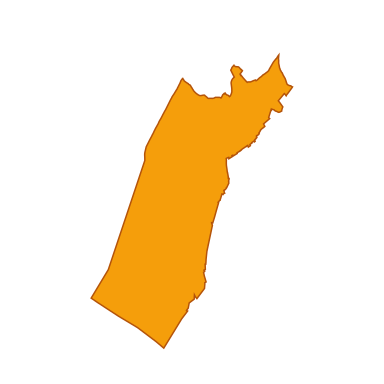 the district of Heemskerk, Noord-Holland, Netherlands, rotated 288°
{"feature_id": "6326949B56112339503679", "entity_name": "Heemskerk", "entity_type": "district", "adm_level": 2, "iso_a3": "NLD", "parent_name": "Netherlands", "parent_adm1": "Noord-Holland", "projection": "equal_earth", "projection_center": [4.68, 52.51], "detail": "fine", "context": "isolated", "style": "filled", "palette": "amber", "viewbox_px": 384, "rotation_deg": 288, "n_neighbors": 0, "source": "geoboundaries", "source_scale": "gbopen_adm2", "svg_char_len": 5671}
<svg xmlns="http://www.w3.org/2000/svg" viewBox="0 0 384 384"><g transform="rotate(288 192 192)"><path d="M323.0,255.1L323.0,254.5L323.4,253.6L323.5,252.9L323.3,251.7L323.4,250.8L323.5,250.4L323.6,249.9L323.9,249.3L324.0,249.0L326.0,247.5L327.6,246.4L328.1,245.9L328.6,245.6L329.6,244.5L330.3,243.7L330.9,243.1L331.3,242.6L331.9,242.1L333.1,241.0L333.3,240.8L333.6,240.2L334.0,239.7L334.7,239.1L335.4,238.2L336.4,237.6L336.6,237.4L337.1,236.9L338.3,236.3L340.8,234.9L341.3,234.6L342.3,234.3L343.9,233.8L345.4,233.1L349.2,232.2L348.4,231.9L346.9,231.5L345.0,231.1L344.8,231.0L344.6,230.7L341.3,229.5L340.4,229.2L332.4,227.5L331.5,227.5L331.1,227.3L330.9,227.3L330.6,227.1L330.0,226.9L329.7,226.6L329.2,226.3L328.9,226.1L328.3,225.6L327.7,225.3L325.8,223.9L325.8,223.7L325.6,223.5L325.2,223.3L324.9,223.1L323.3,222.3L322.5,221.7L321.4,220.9L319.0,219.6L318.3,219.1L317.6,218.5L317.9,218.1L318.0,217.8L318.1,217.7L317.3,216.6L316.8,215.9L315.8,214.9L314.8,213.6L314.6,213.3L314.4,212.4L313.9,211.1L313.6,210.7L313.4,210.6L314.1,209.2L315.1,207.5L316.4,205.3L318.5,202.2L318.1,202.1L319.0,201.2L321.0,201.9L322.9,202.5L323.8,201.0L323.6,200.7L324.9,198.6L325.1,198.2L325.2,197.9L325.3,197.5L325.3,197.2L325.2,196.8L324.8,195.0L324.7,194.6L324.8,194.2L324.9,193.8L325.0,193.4L325.2,193.0L325.5,192.7L323.0,191.6L322.3,191.5L321.5,191.5L320.0,191.2L319.9,191.2L317.0,194.0L314.3,196.7L313.4,196.2L313.0,196.0L312.1,195.6L311.1,195.4L310.7,195.3L310.1,195.3L308.8,195.3L308.2,195.4L307.5,195.6L303.5,197.5L302.1,198.1L300.5,198.6L299.7,198.9L298.5,199.0L297.7,199.0L297.0,199.0L296.2,198.9L294.8,198.6L294.6,198.3L294.3,198.1L294.9,197.1L295.1,196.7L295.1,196.1L295.2,195.6L295.1,195.1L295.2,194.6L295.6,194.0L296.3,193.0L295.5,192.8L295.7,192.5L295.8,192.4L295.8,192.2L295.4,192.0L293.9,191.2L293.6,191.1L292.9,191.1L292.2,191.0L291.6,190.9L291.2,190.8L290.4,190.5L290.5,189.6L290.6,189.3L289.3,185.1L289.2,184.9L288.9,184.7L288.4,184.2L288.1,183.9L287.9,183.6L287.5,182.9L287.3,182.3L286.8,180.6L286.6,180.1L286.3,179.3L286.1,178.8L286.1,178.5L286.1,178.4L286.3,177.6L286.8,176.8L287.4,175.2L287.5,174.8L287.6,174.7L287.9,174.2L288.0,174.0L287.6,172.8L286.5,170.8L286.2,170.0L286.1,169.6L286.1,169.4L286.2,168.7L286.3,167.9L286.6,167.2L286.8,166.3L286.8,166.2L287.7,164.1L288.1,163.5L288.4,162.9L288.8,162.2L289.5,161.5L289.7,161.3L289.9,160.9L290.8,160.0L291.2,159.5L291.5,159.1L291.7,158.9L291.8,158.6L292.6,157.9L293.0,157.4L293.1,157.1L293.2,156.9L293.2,156.4L293.3,156.0L293.5,155.4L293.9,154.9L294.0,154.3L294.3,153.2L294.6,152.1L294.9,151.4L295.0,150.9L295.3,150.2L296.0,149.6L296.1,149.4L296.4,148.9L296.5,148.6L296.8,148.4L297.1,148.3L297.2,148.2L297.1,147.9L296.8,147.9L296.1,147.6L294.6,147.1L291.6,146.9L289.9,146.6L287.7,146.3L286.8,146.1L285.4,146.0L284.1,145.6L283.6,145.5L279.7,144.6L277.3,143.9L276.1,143.6L274.9,143.5L274.2,143.3L272.4,143.0L263.0,141.6L261.7,141.4L260.2,141.0L259.3,140.9L256.1,140.3L255.2,140.2L253.0,139.8L252.7,139.8L250.6,139.3L248.6,138.9L248.1,138.9L247.2,138.8L246.8,138.8L243.3,138.1L240.9,137.6L239.8,137.5L238.2,137.2L237.0,137.1L234.9,136.8L234.4,136.6L233.8,136.6L232.5,136.4L228.1,135.6L226.0,135.3L221.5,134.6L220.8,134.5L218.2,134.7L216.0,134.9L215.5,134.9L213.7,135.2L212.4,135.6L210.6,136.3L207.4,137.4L207.1,137.4L92.3,136.4L59.9,128.9L57.7,136.4L51.2,160.4L46.2,182.1L38.6,204.1L34.8,213.4L68.2,221.4L77.4,224.6L77.5,223.4L77.9,223.4L80.4,224.3L85.6,223.6L90.8,227.2L94.9,226.1L94.5,226.5L93.7,227.2L93.4,227.6L92.7,228.6L92.1,229.6L104.1,233.7L108.3,232.7L109.7,232.2L110.8,233.2L115.9,229.7L119.2,227.8L120.4,228.6L120.6,228.6L121.0,228.4L121.1,228.2L121.2,227.6L121.3,227.5L121.5,227.5L122.5,228.6L127.4,226.8L127.6,227.4L129.4,227.0L132.3,226.2L140.2,224.5L166.6,221.7L168.6,220.2L168.9,220.1L169.0,221.3L175.2,221.2L181.7,220.9L190.1,220.6L190.3,220.0L192.6,221.0L192.8,221.3L193.2,221.2L195.0,221.2L199.4,221.1L199.4,221.3L199.2,222.3L200.0,222.5L200.7,223.1L200.7,222.9L201.5,223.0L203.3,221.8L203.9,222.1L203.8,222.4L205.0,223.1L206.3,223.5L206.6,223.6L206.8,223.4L207.2,223.7L211.9,224.3L212.6,223.9L213.2,223.6L213.3,223.7L213.7,223.4L215.7,223.3L216.3,223.1L216.1,222.4L216.6,222.3L216.7,222.1L216.9,222.1L217.0,222.1L219.2,221.0L219.4,220.9L219.7,220.7L220.4,220.4L220.6,220.2L221.1,219.9L221.3,219.9L221.9,219.5L221.9,219.4L222.5,219.1L224.5,218.2L227.3,216.8L228.2,216.4L230.4,215.6L232.7,214.9L232.9,214.8L234.5,214.2L235.8,215.5L235.7,215.6L236.2,216.2L235.0,216.8L235.8,217.5L236.0,217.6L238.0,219.3L239.0,218.7L239.6,219.4L238.9,220.0L242.6,223.1L243.2,222.7L244.9,224.2L245.0,224.2L245.4,224.6L246.5,225.3L246.5,225.5L247.0,225.8L246.9,225.8L247.2,226.0L247.4,225.9L248.0,226.3L248.9,226.9L250.1,227.9L251.8,229.2L251.7,229.2L251.7,229.3L253.5,230.6L252.1,231.7L253.4,232.7L254.1,233.2L255.1,232.4L257.1,233.9L257.4,233.8L257.4,233.7L257.5,233.6L259.8,235.3L259.0,235.9L259.7,236.4L260.0,236.2L261.0,235.5L262.5,236.4L262.8,236.2L263.8,236.9L265.0,236.0L266.4,237.0L266.4,236.9L266.6,237.1L266.8,237.3L267.2,237.6L267.8,237.6L268.2,237.9L268.8,237.4L269.4,237.6L270.4,237.9L271.4,238.0L272.1,238.2L272.3,238.1L274.8,239.6L274.9,239.8L276.9,241.0L278.9,239.0L285.8,243.2L286.5,241.9L286.8,241.9L295.1,241.8L294.8,242.2L295.1,242.2L295.4,242.3L295.5,242.4L295.5,243.1L295.4,243.8L295.6,244.4L295.5,244.5L295.0,245.7L294.8,246.1L294.8,248.0L294.6,248.6L294.6,249.9L294.8,250.3L295.3,250.9L295.6,251.3L296.1,251.7L296.7,252.3L297.2,252.1L297.5,252.1L298.8,252.0L300.0,252.0L301.0,252.1L301.8,251.0L304.5,247.4L304.6,247.1L305.4,245.9L314.0,249.3L314.2,249.5L312.6,251.8L313.7,252.0L315.5,252.7L316.1,252.9L321.8,254.8L322.5,255.0L323.0,255.1Z" fill="#f59e0b" stroke="#b45309" stroke-width="1.5"/></g></svg>